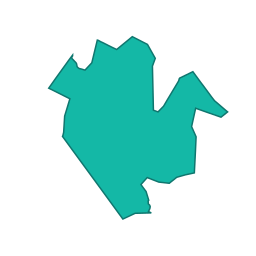 the district of Piracuruca, Piauí, Brazil, rotated 110°
{"feature_id": "56859067B11814342794518", "entity_name": "Piracuruca", "entity_type": "district", "adm_level": 2, "iso_a3": "BRA", "parent_name": "Brazil", "parent_adm1": "Piauí", "projection": "robinson", "projection_center": [-41.675, -3.854], "detail": "fine", "context": "isolated", "style": "filled", "palette": "teal", "viewbox_px": 256, "rotation_deg": 110, "n_neighbors": 0, "source": "geoboundaries", "source_scale": "gbopen_adm2", "svg_char_len": 1302}
<svg xmlns="http://www.w3.org/2000/svg" viewBox="0 0 256 256"><g transform="rotate(110 128 128)"><path d="M55.8,185.8L55.9,186.9L79.1,184.3L88.3,188.2L88.5,191.7L88.8,194.2L88.5,195.4L87.8,196.8L86.4,197.6L85.0,198.5L84.3,199.5L83.6,201.0L82.7,202.7L82.1,204.1L81.4,204.7L80.4,205.1L79.2,204.7L78.4,205.0L85.4,207.1L86.2,207.3L105.6,212.8L117.7,216.1L117.9,214.4L120.4,192.6L138.5,191.6L154.0,187.0L157.4,186.6L158.3,186.7L167.7,172.7L191.2,137.6L215.3,101.7L205.7,92.1L199.8,77.1L199.5,80.2L196.4,79.9L194.4,80.2L193.2,81.1L192.7,82.1L192.3,83.0L191.0,83.5L189.8,84.1L188.8,83.8L181.5,89.3L178.7,93.6L176.7,96.5L168.0,93.0L168.2,85.2L168.3,80.6L165.8,70.3L163.6,69.0L160.4,67.0L158.7,66.0L157.6,65.3L152.4,58.1L147.5,50.3L126.7,56.7L113.0,61.0L106.0,67.7L105.0,68.7L86.3,71.2L86.2,58.6L86.0,44.3L78.8,39.9L78.2,41.6L72.8,56.0L70.3,60.0L62.6,71.6L60.5,74.9L53.5,85.4L52.9,86.3L63.4,96.5L64.3,96.7L66.2,96.5L67.4,96.7L69.6,97.1L87.6,100.6L95.3,102.0L102.6,105.3L102.6,108.7L102.6,110.2L61.5,126.2L57.6,126.2L53.2,126.2L47.2,133.2L42.8,138.3L40.7,155.2L45.3,157.9L58.1,165.5L58.0,166.5L57.9,167.6L57.7,169.8L57.6,170.9L57.4,172.5L57.3,173.4L57.2,174.4L57.1,175.3L56.9,176.6L56.8,177.8L56.6,179.3L56.4,181.1L56.3,182.6L56.2,183.5L55.8,185.8Z" fill="#14b8a6" stroke="#0f766e" stroke-width="1.5"/></g></svg>